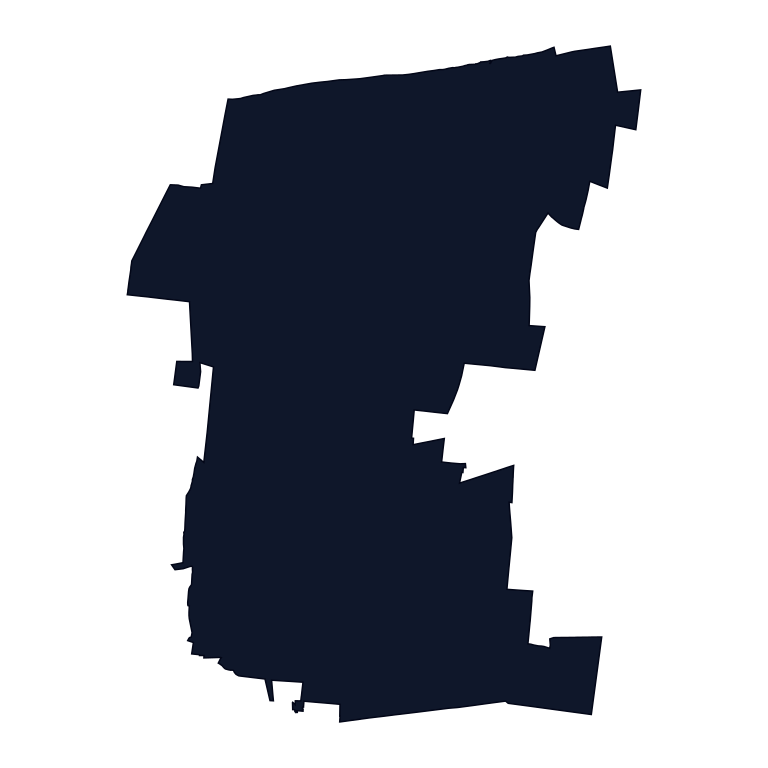 the district of Dzidzantún, Yucatán, Mexico
{"feature_id": "50627088B34380918216366", "entity_name": "Dzidzantún", "entity_type": "district", "adm_level": 2, "iso_a3": "MEX", "parent_name": "Mexico", "parent_adm1": "Yucatán", "projection": "orthographic", "projection_center": [-89.022, 21.289], "detail": "fine", "context": "isolated", "style": "filled", "palette": "ink", "viewbox_px": 768, "rotation_deg": 0, "n_neighbors": 0, "source": "geoboundaries", "source_scale": "gbopen_adm2", "svg_char_len": 5339}
<svg xmlns="http://www.w3.org/2000/svg" viewBox="0 0 768 768"><path d="M635.8,129.7L638.3,109.8L640.7,89.9L630.8,90.9L617.6,92.2L615.3,77.6L610.3,46.1L605.1,46.9L595.3,48.3L588.8,49.3L574.8,51.3L571.8,51.9L567.8,52.9L556.0,55.8L554.0,47.3L552.0,48.0L547.5,49.9L542.0,52.0L537.2,52.9L534.8,53.6L527.1,55.0L523.4,55.2L522.5,55.9L518.0,56.4L515.2,57.2L513.8,57.2L508.8,57.4L507.3,57.0L505.8,57.9L502.6,58.4L499.0,58.9L495.3,59.6L492.6,60.3L492.2,60.5L491.3,61.8L491.1,62.5L490.2,63.5L489.8,63.3L490.2,62.7L490.9,61.2L490.7,60.4L489.3,60.8L488.1,61.3L483.7,61.8L480.6,62.0L480.5,62.4L477.2,63.8L475.6,63.9L475.3,64.3L472.4,64.4L469.3,64.5L467.7,64.8L466.8,65.2L464.8,65.6L463.1,66.2L459.1,67.0L457.5,67.3L456.1,67.4L455.2,67.6L454.3,67.8L452.8,67.6L448.7,68.3L444.8,69.3L442.7,69.6L439.6,69.6L434.1,70.5L427.8,71.3L418.8,72.8L414.1,73.6L408.6,74.4L402.6,75.0L393.4,75.1L384.5,75.2L382.7,75.6L379.1,76.1L372.0,77.1L362.4,78.4L360.1,78.7L356.2,79.0L345.9,79.7L339.2,79.9L327.4,81.5L320.2,82.2L311.8,83.2L296.6,85.9L288.6,87.7L284.5,88.7L274.2,90.3L263.6,93.5L260.3,94.8L258.2,94.8L256.1,95.1L253.1,95.4L248.7,96.4L243.7,97.5L240.5,98.5L237.8,98.8L232.5,99.3L228.1,99.1L225.1,114.4L222.3,129.4L215.1,167.8L212.7,183.5L201.4,184.8L200.5,188.2L192.2,187.2L183.8,186.7L178.1,185.1L170.3,184.8L165.2,194.8L151.9,221.1L145.9,232.8L144.5,235.7L134.3,256.0L131.8,260.9L131.5,263.6L131.0,266.8L130.8,269.8L129.0,281.8L128.3,287.4L127.9,290.1L127.8,291.8L127.3,294.7L140.2,296.1L147.1,296.8L160.6,298.4L167.5,299.2L175.9,300.1L189.5,301.7L191.8,344.2L192.3,353.5L192.5,361.5L184.4,361.5L176.8,361.4L174.7,377.4L174.4,379.7L173.7,384.7L198.0,388.0L198.8,385.9L200.6,371.7L199.9,362.6L213.5,366.9L207.2,432.3L203.8,462.4L197.5,457.1L196.8,461.3L196.0,463.4L194.7,468.3L193.9,473.8L193.7,474.7L193.4,476.6L192.4,479.6L192.4,481.2L191.6,484.2L191.2,485.3L190.9,487.5L190.4,488.9L188.9,491.8L186.4,495.7L186.2,498.1L186.0,504.4L185.7,510.3L185.7,510.5L185.7,512.6L185.1,522.4L184.9,528.3L184.7,531.0L183.8,532.3L184.0,534.3L183.5,537.3L183.5,539.7L183.5,544.1L183.9,548.5L183.8,549.6L183.6,551.7L183.0,562.7L175.2,564.2L171.6,564.8L175.0,569.7L183.2,568.7L189.9,566.5L191.9,566.2L192.5,567.2L192.4,569.4L192.6,572.2L192.1,574.4L191.8,580.1L191.6,583.7L191.4,584.9L189.8,587.0L189.0,588.7L188.6,591.3L188.0,599.1L187.7,602.4L187.8,605.0L188.1,605.7L189.3,605.9L189.0,612.2L189.0,615.6L189.3,618.8L192.1,632.7L191.2,637.1L189.5,637.6L188.8,638.5L187.7,640.6L193.4,642.5L191.7,653.9L199.5,654.7L199.5,655.5L204.0,655.5L203.9,657.9L220.5,657.4L221.3,657.7L220.6,658.5L218.3,663.1L219.4,663.7L220.1,664.2L222.1,665.6L223.9,667.7L225.3,668.9L226.0,669.1L228.5,669.8L230.7,670.2L232.1,670.1L233.2,670.3L233.6,670.6L234.4,672.4L236.0,674.3L237.2,675.0L238.7,675.8L240.0,676.0L257.5,678.1L265.0,679.0L270.0,700.6L273.4,700.8L272.7,693.3L271.6,680.2L292.4,681.5L303.0,682.2L302.3,688.1L301.5,695.4L301.3,696.6L300.8,700.9L295.3,700.8L295.2,704.7L292.7,702.3L292.5,702.6L292.7,709.6L294.7,709.7L294.9,711.4L295.8,711.0L295.8,712.5L297.3,712.4L297.3,710.7L303.0,711.2L303.1,709.2L302.5,709.1L302.5,707.5L302.8,707.0L303.5,707.1L303.9,701.2L317.8,702.4L327.5,703.2L340.0,704.3L339.8,716.2L340.1,716.2L339.7,721.9L340.2,721.9L368.6,718.0L376.1,717.1L379.7,716.7L385.5,716.0L391.8,715.2L395.6,714.7L400.1,714.2L419.2,711.9L440.8,709.2L448.9,708.2L457.6,707.5L472.8,705.5L485.8,703.7L494.8,702.5L505.6,701.1L508.2,703.3L530.8,706.3L567.6,711.3L591.3,714.5L595.8,681.0L601.7,637.0L591.8,637.1L587.6,637.2L582.6,637.2L580.9,637.3L576.8,637.3L574.8,637.4L562.6,637.5L561.8,637.5L553.8,637.6L551.9,638.2L549.8,638.9L550.3,645.1L549.7,648.3L544.0,646.5L541.5,646.1L538.3,645.9L533.7,645.0L530.8,644.2L527.9,643.8L528.8,634.8L529.8,624.2L530.2,620.5L531.8,601.0L531.9,597.7L532.3,594.5L532.7,591.1L523.3,590.5L514.7,589.9L506.9,589.3L508.8,568.9L510.2,554.7L511.8,537.7L510.7,522.9L510.6,521.6L509.8,512.3L509.4,506.9L509.1,502.2L511.9,502.6L512.1,498.9L512.3,495.2L512.4,493.4L512.5,491.0L512.6,488.2L512.7,484.7L512.9,481.3L513.0,478.3L513.1,477.4L513.2,474.1L513.6,466.2L513.7,465.9L513.7,465.4L506.8,467.6L503.9,468.6L490.0,473.2L483.0,475.5L476.2,477.7L470.5,479.6L462.0,482.3L459.5,483.2L460.5,478.5L460.9,476.6L461.8,472.3L462.9,472.5L463.3,467.6L465.8,467.7L465.4,463.6L460.2,463.8L451.6,463.1L442.5,462.1L441.6,462.1L443.2,447.7L444.3,438.5L440.8,439.2L433.3,440.7L430.4,441.3L427.3,441.9L420.6,443.2L413.7,444.6L413.1,444.7L413.5,438.3L411.6,438.1L412.4,429.4L413.3,420.0L414.2,409.9L418.2,410.4L424.1,411.0L434.5,412.2L447.4,413.6L453.5,400.0L457.5,389.7L458.9,385.3L461.6,375.8L464.2,363.2L476.7,364.4L479.0,364.6L490.5,365.7L497.7,366.6L500.1,366.9L505.2,367.6L513.5,368.3L534.9,370.3L544.9,326.7L543.1,326.6L529.1,325.6L529.3,320.6L529.7,306.5L529.8,297.5L529.1,282.8L529.0,280.5L529.8,274.1L531.1,265.3L532.6,254.3L533.6,247.1L535.7,232.4L537.3,229.3L538.4,227.8L539.9,225.5L548.0,213.0L548.3,213.4L551.7,217.0L553.1,218.1L555.0,219.8L555.8,220.5L556.2,220.8L557.5,221.9L559.2,223.2L561.9,225.0L563.6,225.6L571.0,228.0L571.5,228.1L574.8,228.9L578.6,229.4L580.9,220.3L581.2,218.9L582.1,215.7L582.7,213.2L583.6,209.1L583.9,207.3L585.2,202.8L586.1,199.4L588.1,190.5L589.5,182.9L589.8,181.4L590.4,181.5L598.5,184.7L601.9,186.0L607.3,188.1L609.2,175.0L611.7,156.5L612.6,150.2L613.8,139.7L615.5,125.2L635.8,129.7Z" fill="#0f172a" stroke="#020617" stroke-width="1.5"/></svg>